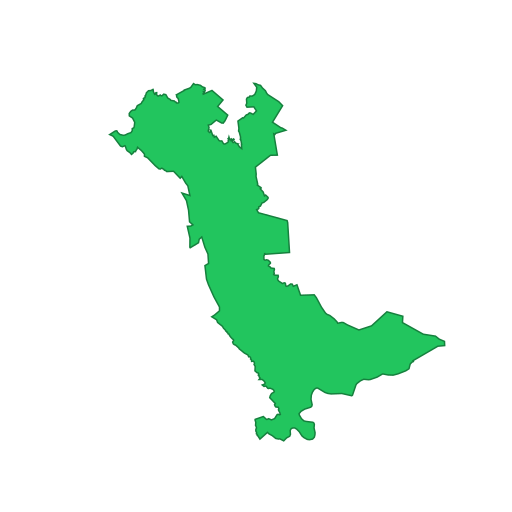 outline of Cocula, Guerrero, Mexico, rotated 317°
{"feature_id": "50627088B31942029589440", "entity_name": "Cocula", "entity_type": "district", "adm_level": 2, "iso_a3": "MEX", "parent_name": "Mexico", "parent_adm1": "Guerrero", "projection": "robinson", "projection_center": [-99.718, 18.138], "detail": "fine", "context": "isolated", "style": "filled", "palette": "green", "viewbox_px": 512, "rotation_deg": 317, "n_neighbors": 0, "source": "geoboundaries", "source_scale": "gbopen_adm2", "svg_char_len": 6073}
<svg xmlns="http://www.w3.org/2000/svg" viewBox="0 0 512 512"><g transform="rotate(317 256 256)"><path d="M331.8,93.4L330.0,90.6L328.4,89.3L327.9,87.3L323.4,88.2L321.8,87.9L316.7,85.7L316.5,86.0L307.6,83.8L307.5,84.6L306.9,85.0L306.4,86.1L306.5,87.7L305.1,90.2L304.4,91.1L303.8,91.2L302.7,90.4L302.2,89.8L302.5,89.0L302.0,88.1L302.0,86.9L299.8,84.0L300.0,83.0L299.2,80.3L300.1,76.5L298.9,74.7L296.5,74.7L295.9,74.2L295.8,73.0L293.6,72.4L293.2,71.6L293.4,70.1L294.8,68.8L294.2,68.3L292.4,68.9L292.1,68.7L293.2,65.4L294.0,64.7L294.3,63.9L292.0,63.3L290.1,61.8L287.1,61.9L285.4,63.0L284.2,63.2L284.0,63.8L283.3,63.9L282.8,64.5L281.4,64.0L280.8,64.2L280.6,65.2L277.6,65.6L276.1,66.2L271.7,65.1L269.2,66.2L266.8,66.6L265.2,65.1L263.1,64.8L260.5,65.3L258.9,67.1L259.8,70.9L258.5,75.5L254.8,78.6L254.0,78.9L252.4,78.4L250.9,80.0L248.7,80.5L245.6,79.1L242.8,78.3L241.3,77.3L239.3,74.2L239.1,70.9L239.6,70.0L239.2,69.1L238.0,68.5L231.8,67.4L233.0,70.3L233.2,71.4L231.9,83.2L232.8,85.0L235.3,85.9L235.4,86.4L233.9,89.6L233.6,91.1L234.3,94.6L234.2,96.8L236.3,96.9L237.6,96.4L239.1,97.5L239.6,97.1L242.0,96.6L243.5,95.7L244.1,100.7L244.0,104.4L243.9,105.4L242.4,107.0L243.7,110.2L243.9,121.2L244.5,126.2L245.6,127.3L246.7,127.3L247.2,127.9L247.3,128.8L247.7,129.5L247.5,130.9L248.1,131.6L248.3,133.4L253.5,137.8L253.6,147.4L256.0,147.2L254.3,154.7L254.0,158.2L248.9,166.7L244.8,159.5L242.9,168.1L237.9,176.5L230.7,185.7L231.1,190.2L228.6,189.6L226.0,187.4L219.9,197.9L213.6,204.5L213.5,205.1L223.0,207.1L225.9,205.0L229.3,205.1L224.6,214.7L222.2,221.8L216.2,229.1L212.1,228.2L204.0,239.2L201.7,244.5L197.4,257.1L194.5,268.4L191.9,271.2L185.3,270.9L182.2,270.3L183.7,275.8L182.6,278.4L183.5,284.5L183.0,286.7L183.1,289.3L182.7,290.1L183.1,291.6L182.7,292.0L182.8,293.3L182.5,294.1L183.0,294.6L182.4,296.3L182.2,298.0L182.2,300.6L182.5,301.7L182.1,302.5L180.2,303.0L179.5,304.8L179.7,306.2L180.3,307.1L180.7,311.6L180.4,312.3L181.3,319.0L182.6,322.8L181.9,324.7L182.6,325.1L182.8,325.7L182.6,326.9L181.7,327.7L182.0,328.5L180.9,330.1L182.3,331.1L182.4,332.0L181.7,333.5L180.6,334.0L180.1,336.2L176.9,339.3L177.2,342.2L177.8,342.7L177.6,344.1L176.4,344.7L176.7,345.5L175.9,346.4L175.8,348.1L174.0,348.4L176.3,350.5L176.6,352.9L176.3,354.9L175.1,355.6L172.6,354.6L172.9,356.9L174.1,357.5L174.6,358.3L174.4,360.6L174.6,361.3L176.1,362.2L177.4,365.0L177.4,366.5L176.9,367.6L176.2,367.8L173.6,367.2L171.2,367.9L169.4,369.0L169.5,377.1L168.1,377.4L167.5,379.2L167.5,379.9L169.1,381.8L168.5,383.4L167.7,383.6L167.2,384.4L166.7,386.5L165.7,388.5L165.0,388.3L164.2,386.8L163.3,386.4L158.7,387.6L155.5,386.4L154.3,383.6L152.5,383.0L152.2,382.5L151.9,378.4L144.0,374.9L143.5,375.2L142.4,377.5L140.1,379.6L139.8,380.8L139.1,382.1L137.8,382.6L136.5,383.9L136.1,385.5L135.0,386.3L135.2,387.5L134.5,388.1L134.7,388.9L134.0,392.6L144.1,392.8L144.1,394.6L145.4,398.5L146.0,402.9L147.7,405.3L148.7,405.9L150.2,410.1L154.4,409.9L157.7,410.8L159.6,409.9L161.9,407.0L163.6,406.3L165.2,406.6L167.0,408.0L167.7,410.4L167.8,414.0L166.9,418.9L167.2,421.5L168.4,425.1L169.8,426.8L172.5,428.5L175.1,428.3L177.1,427.0L178.7,425.5L181.2,421.3L183.8,419.0L184.4,417.7L184.2,416.4L179.7,411.0L178.6,409.3L178.3,406.0L179.2,402.0L179.9,400.7L183.0,400.3L187.2,401.2L192.9,403.9L194.3,403.9L195.6,403.1L198.5,398.3L201.6,395.5L204.4,394.1L207.5,393.3L209.3,393.5L210.5,394.0L211.1,394.8L213.4,402.9L214.8,405.5L216.9,408.1L225.0,415.1L230.7,423.5L231.6,423.6L241.3,418.4L242.8,418.1L247.3,418.5L250.7,419.6L253.9,423.2L255.2,424.2L262.0,427.2L268.2,428.6L271.5,433.1L275.1,436.7L279.6,439.1L287.2,442.1L291.0,442.8L295.0,440.2L297.6,440.0L299.1,440.5L299.3,439.6L327.5,446.0L332.9,450.2L335.6,447.0L333.3,441.8L332.6,437.0L325.0,427.3L317.7,404.6L322.3,400.2L313.7,386.1L292.9,385.9L280.8,380.3L275.8,368.6L274.5,364.3L273.5,363.1L269.9,360.9L270.3,359.6L270.3,355.2L269.4,349.8L268.1,347.0L267.9,345.0L269.0,337.9L271.7,327.7L272.1,324.1L261.8,315.1L266.3,305.0L262.6,303.6L263.3,301.3L262.3,300.1L258.9,299.7L257.6,298.9L257.4,298.2L258.8,296.1L258.8,295.3L258.0,294.7L256.6,294.2L255.5,289.9L255.6,288.4L256.4,287.2L258.2,286.4L259.0,285.2L256.9,283.1L256.4,282.2L256.4,281.5L257.5,281.2L258.3,279.7L260.4,278.3L260.8,277.5L258.7,275.0L258.9,273.8L258.3,271.7L259.4,271.1L261.5,271.2L262.2,270.4L262.1,267.6L261.2,266.0L259.8,265.3L259.4,264.0L261.8,261.3L263.4,260.7L264.4,259.7L263.8,260.9L282.9,276.3L302.0,253.1L302.9,251.3L287.3,226.1L288.1,222.5L289.9,223.2L290.5,223.1L291.5,221.9L293.3,222.5L296.6,221.3L298.2,222.1L302.4,222.4L304.1,222.1L304.8,221.4L304.6,218.0L303.2,217.8L304.9,214.1L304.9,209.8L306.2,209.8L306.3,209.3L305.3,205.1L306.2,204.7L310.3,197.8L312.0,196.2L316.2,190.6L335.3,192.2L340.4,196.8L352.3,178.8L352.6,180.0L354.1,179.7L363.6,184.4L362.4,180.3L361.6,179.0L359.3,169.4L378.0,164.2L377.9,158.7L374.7,146.0L374.8,144.3L375.6,141.6L375.3,137.4L375.7,134.3L374.3,132.2L373.5,129.9L372.2,128.3L371.6,133.1L368.7,135.6L365.2,137.0L362.3,136.5L360.6,134.8L359.2,135.2L358.2,134.4L357.5,134.3L356.0,134.8L353.4,138.0L351.5,138.8L350.9,141.0L356.1,145.4L355.3,150.2L350.5,150.5L349.5,147.7L348.7,146.8L346.7,146.9L345.1,146.2L341.0,146.6L340.5,145.8L334.8,145.0L330.6,150.9L328.5,152.7L328.2,154.1L325.7,158.7L325.0,159.1L324.4,160.2L324.0,160.1L323.7,161.4L321.7,164.5L321.5,164.4L318.8,167.7L318.3,164.8L318.9,161.6L319.3,161.7L318.1,159.5L318.3,157.8L316.6,157.5L316.7,156.2L316.8,155.5L319.3,156.0L319.5,155.1L316.6,154.3L317.6,153.4L316.2,152.9L317.3,150.6L316.4,151.2L315.6,151.1L315.3,152.4L314.4,152.6L313.9,153.4L313.0,153.7L310.1,153.1L309.0,152.4L308.9,151.2L309.5,148.6L308.1,147.3L307.7,146.3L308.5,141.2L306.5,140.7L307.5,139.0L306.5,138.5L308.8,133.2L308.4,132.7L307.5,134.4L306.2,134.0L306.2,132.0L309.2,130.1L310.4,127.7L312.8,129.1L319.7,129.5L321.6,135.4L322.8,136.5L323.3,136.1L324.4,136.3L327.1,135.4L331.4,133.7L329.9,120.5L338.3,119.4L336.7,104.9L327.8,101.7L328.2,101.1L329.1,101.6L329.5,101.3L329.7,100.2L330.2,100.8L331.6,100.4L332.0,99.6L331.3,98.6L332.6,98.3L333.0,98.7L333.4,98.1L332.1,95.6L331.8,93.4Z" fill="#22c55e" stroke="#15803d" stroke-width="1.5"/></g></svg>